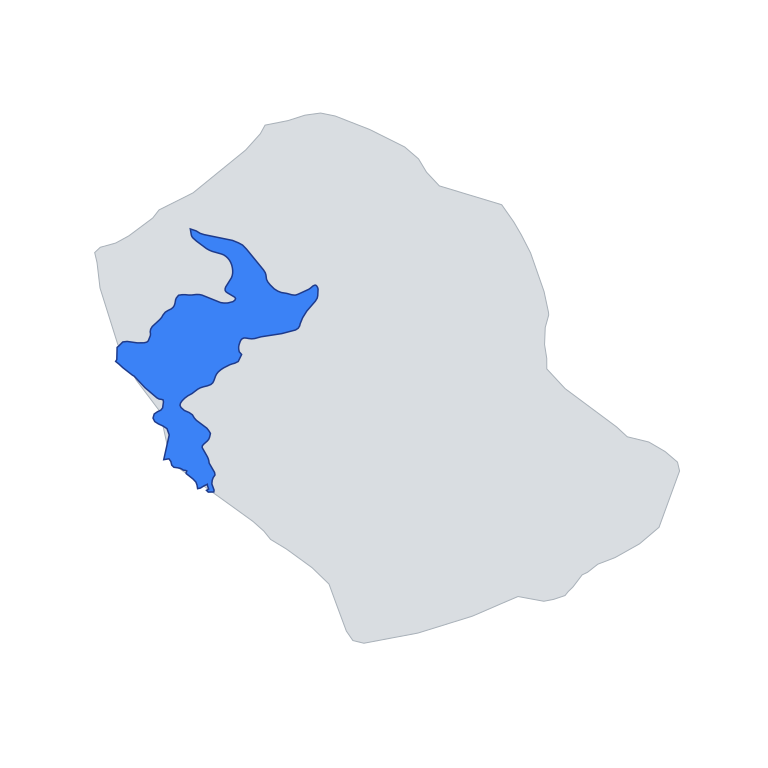 Lesotho, with Leribe highlighted, rotated 278°
{"feature_id": "LSO-1212", "entity_name": "Leribe", "entity_type": "District", "adm_level": 1, "iso_a3": "LSO", "parent_name": "Lesotho", "parent_adm1": "", "projection": "equal_earth", "projection_center": [28.234, -29.023], "detail": "fine", "context": "in_parent", "style": "filled", "palette": "blue", "viewbox_px": 768, "rotation_deg": 278, "n_neighbors": 0, "source": "natural_earth", "source_scale": "10m", "svg_char_len": 3744}
<svg xmlns="http://www.w3.org/2000/svg" viewBox="0 0 768 768"><g transform="rotate(278 384 384)"><path d="M497.9,529.6L477.9,536.9L475.2,537.5L462.4,535.8L445.4,537.5L432.0,541.6L421.6,543.1L404.6,564.0L373.8,620.4L365.6,632.2L363.4,654.3L356.2,671.8L347.5,685.5L339.0,688.8L313.3,683.3L280.4,676.3L261.3,659.3L244.3,637.0L235.3,620.8L225.9,611.8L222.6,606.8L209.2,599.3L204.2,595.4L199.7,592.7L194.3,581.9L191.1,572.5L192.2,546.3L182.8,530.7L166.5,504.0L156.2,482.2L142.1,452.3L133.5,426.8L124.5,400.2L125.6,388.9L134.1,381.1L158.9,367.7L178.2,357.4L192.0,338.5L207.0,310.3L214.3,293.3L221.6,285.5L229.6,273.5L243.6,247.0L259.1,217.4L275.7,185.7L296.8,176.5L325.6,165.9L353.3,138.2L386.3,114.8L439.6,89.4L464.4,82.9L473.9,79.2L479.9,84.0L486.2,98.6L495.2,110.7L516.2,131.9L525.1,137.0L546.7,168.3L569.9,189.8L596.5,214.5L614.6,226.7L623.8,230.2L631.4,252.1L639.2,268.3L643.5,283.5L642.6,298.3L634.0,334.5L621.6,371.5L611.7,386.9L599.7,396.6L587.9,411.2L583.3,440.8L577.9,475.6L562.6,489.9L550.7,499.3L534.2,510.9L497.9,529.6Z" fill="#d9dde1" stroke="#a8b0b8" stroke-width="1"/><path d="M371.0,116.0L383.1,114.6L384.8,116.1L389.3,119.5L390.4,123.7L390.4,134.1L391.4,140.6L392.4,143.2L393.8,144.5L399.4,145.9L401.2,145.8L403.1,145.2L405.8,145.3L408.7,146.5L416.6,153.0L419.1,154.6L421.5,155.5L424.7,157.4L426.7,159.8L428.8,162.9L430.6,164.5L432.5,165.4L434.9,165.8L438.5,165.9L440.3,166.4L443.3,168.2L444.3,171.5L444.8,174.6L444.9,178.1L445.4,181.4L446.5,185.5L446.9,188.7L446.7,191.5L441.9,210.8L441.9,214.3L442.5,218.0L444.5,222.9L446.3,224.7L448.0,225.1L449.1,224.2L449.7,222.9L452.5,216.2L453.4,214.6L454.5,213.7L456.1,213.4L458.0,213.7L467.9,218.1L470.2,218.6L472.7,218.7L475.1,218.4L477.9,217.7L480.5,216.7L483.0,215.3L485.0,213.8L486.9,211.8L488.3,209.8L489.5,207.4L490.1,205.0L491.4,195.5L492.2,192.4L493.4,189.3L499.4,178.4L502.0,174.5L503.2,173.3L504.6,172.5L510.6,170.6L509.5,176.6L507.6,181.0L506.9,185.1L505.1,214.1L503.5,220.3L501.9,224.6L498.5,229.0L480.1,248.9L477.7,250.9L475.6,251.9L471.3,253.1L468.8,254.8L466.3,257.5L462.9,262.1L461.2,265.9L460.3,269.6L460.2,275.1L459.5,280.3L459.6,283.5L460.0,284.6L461.0,286.5L467.3,296.3L468.8,297.9L471.3,300.1L472.2,301.6L472.4,302.6L471.7,303.7L470.4,304.8L468.8,305.5L462.2,306.1L459.7,305.9L456.5,304.5L445.5,297.4L438.3,294.2L432.0,292.6L429.8,292.4L427.3,291.3L425.2,288.9L419.7,275.8L413.6,255.6L411.0,249.6L410.3,246.6L410.2,243.7L410.3,241.0L410.1,239.0L409.2,237.4L407.8,236.3L406.2,235.7L402.7,235.0L400.5,234.9L398.2,235.3L395.7,236.2L393.4,238.9L386.0,236.5L383.8,233.3L382.8,230.9L381.6,228.6L377.7,223.0L375.4,220.4L372.9,218.2L370.7,216.9L368.5,216.1L363.7,215.1L361.4,214.3L359.4,212.6L357.6,209.4L356.2,205.8L354.7,202.7L352.8,200.1L347.8,195.2L345.0,191.4L342.2,188.6L339.4,186.5L336.9,185.2L334.6,184.9L332.5,186.2L330.0,190.0L328.6,195.1L326.8,198.6L324.0,200.8L321.9,203.3L315.6,214.7L313.5,216.9L310.9,219.0L307.1,218.7L304.8,218.1L302.9,216.9L299.4,213.9L297.5,212.7L295.7,212.8L287.4,219.2L285.8,220.2L283.9,221.1L281.3,221.9L272.9,228.5L270.4,229.3L267.6,227.9L264.8,227.3L261.1,227.4L255.3,230.5L253.4,230.5L252.5,225.0L254.0,223.0L255.5,225.0L256.6,224.5L258.7,223.3L260.1,223.0L258.2,220.1L255.4,216.7L254.4,214.0L257.9,212.9L260.7,211.4L263.4,208.0L267.7,200.7L268.5,200.3L269.6,200.7L270.5,200.8L270.8,199.6L270.8,197.4L271.1,196.5L271.6,195.6L272.1,194.0L272.3,191.6L272.3,187.5L274.1,185.1L277.6,183.7L280.0,181.4L278.4,176.4L303.7,178.4L309.6,175.3L311.7,170.8L313.1,166.1L314.9,162.2L318.1,160.0L322.3,160.6L325.0,163.5L327.0,166.6L329.5,168.1L335.6,168.1L337.6,167.4L337.8,165.7L337.8,163.4L338.7,161.0L347.1,147.8L357.0,135.5L357.7,133.7L363.8,123.1L366.8,118.8L369.0,115.1L371.0,116.0Z" fill="#3b82f6" stroke="#1e3a8a" stroke-width="1.5"/></g></svg>